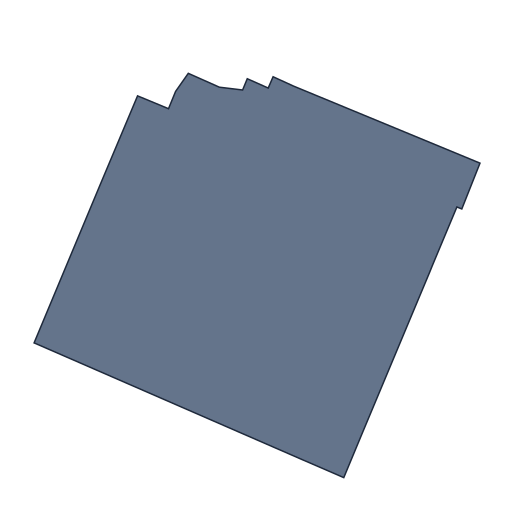 Montgomery, Arkansas, United States of America (Equal Earth projection), rotated 22°
{"feature_id": "52423323B83046273754506", "entity_name": "Montgomery", "entity_type": "district", "adm_level": 2, "iso_a3": "USA", "parent_name": "United States of America", "parent_adm1": "Arkansas", "projection": "equal_earth", "projection_center": [-93.652, 34.543], "detail": "fine", "context": "isolated", "style": "filled", "palette": "slate", "viewbox_px": 512, "rotation_deg": 22, "n_neighbors": 0, "source": "geoboundaries", "source_scale": "gbopen_adm2", "svg_char_len": 413}
<svg xmlns="http://www.w3.org/2000/svg" viewBox="0 0 512 512"><g transform="rotate(22 256 256)"><path d="M428.9,86.0L227.0,84.4L204.7,83.4L204.4,95.7L181.5,94.9L181.4,107.1L158.8,113.2L124.8,112.0L119.8,133.5L119.7,152.2L86.2,151.9L84.8,249.2L82.8,419.7L375.2,427.5L420.4,428.6L420.9,379.9L423.1,205.8L423.1,198.7L423.9,135.3L429.2,135.3L428.9,86.0Z" fill="#64748b" stroke="#1e293b" stroke-width="1.5"/></g></svg>